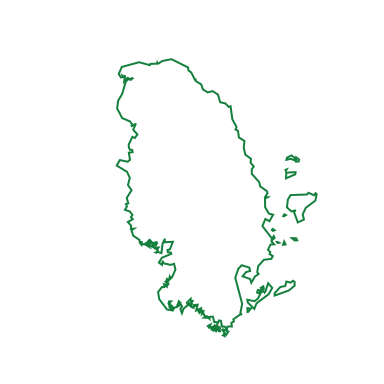 Guimaras, Guimaras, Philippines, rotated 316°
{"feature_id": "2640588B8298467794963", "entity_name": "Guimaras", "entity_type": "district", "adm_level": 2, "iso_a3": "PHL", "parent_name": "Philippines", "parent_adm1": "Guimaras", "projection": "albers", "projection_center": [122.576, 10.57], "detail": "fine", "context": "isolated", "style": "outline", "palette": "green", "viewbox_px": 384, "rotation_deg": 316, "n_neighbors": 0, "source": "geoboundaries", "source_scale": "gbopen_adm2", "svg_char_len": 6143}
<svg xmlns="http://www.w3.org/2000/svg" viewBox="0 0 384 384"><g transform="rotate(316 192 192)"><path d="M228.4,53.3L221.3,56.2L220.4,60.2L222.3,61.6L223.0,61.3L222.7,60.2L222.8,60.0L223.1,61.5L224.2,61.7L224.2,62.2L220.0,65.4L224.8,65.1L226.4,68.3L228.1,68.4L228.2,69.0L225.7,68.8L225.2,66.8L221.3,66.5L209.8,73.0L202.3,75.0L196.2,79.9L193.1,90.3L196.4,98.1L195.8,102.8L194.6,102.4L194.5,102.7L198.4,103.7L198.5,104.1L193.0,106.3L192.7,112.7L188.4,113.4L187.4,110.9L179.5,113.9L177.7,115.8L176.7,118.3L177.1,117.7L176.7,118.7L177.9,119.7L178.1,120.3L178.0,120.8L176.9,122.1L173.9,119.8L169.7,125.8L166.7,125.5L162.3,118.9L156.2,120.7L159.3,132.3L157.1,138.6L150.8,142.5L149.7,148.8L141.0,150.9L138.3,155.9L136.2,154.8L135.1,157.2L131.4,158.2L133.8,162.9L133.2,167.1L130.6,167.7L130.5,170.4L125.0,169.0L124.8,173.9L122.4,176.1L124.7,178.0L121.9,177.5L119.4,182.4L120.9,190.1L119.5,191.8L121.1,193.2L119.9,194.5L121.8,197.3L122.5,196.6L123.8,196.9L122.1,197.9L123.1,201.9L124.6,198.0L126.1,197.1L126.2,197.4L126.6,197.0L127.8,196.8L128.3,196.9L128.3,199.8L127.1,197.2L125.3,198.8L128.2,200.8L125.6,203.7L129.0,203.9L129.1,202.1L131.4,203.2L129.9,204.3L132.3,204.5L129.5,204.6L129.7,205.9L128.7,204.5L126.0,205.1L126.2,207.8L126.8,206.3L129.4,208.7L125.7,209.2L127.4,209.3L125.8,211.5L127.6,214.7L135.1,208.6L140.1,206.8L137.4,209.2L143.7,214.5L136.3,217.9L134.0,216.7L132.8,218.5L134.7,220.9L134.2,222.1L124.6,218.4L119.1,219.8L119.8,223.6L123.1,221.1L122.0,223.5L126.0,229.6L129.2,231.2L126.2,236.3L118.3,239.5L117.3,238.2L117.0,239.4L116.3,239.4L117.0,237.6L114.4,239.3L113.9,236.7L114.1,238.0L113.4,239.8L113.2,237.3L111.7,238.2L113.0,240.4L110.2,237.9L111.9,240.7L110.9,239.4L111.1,241.9L109.9,241.9L108.5,239.8L108.6,242.1L108.1,242.6L107.4,239.7L105.9,241.1L104.4,239.5L98.1,240.4L94.0,246.3L92.4,259.1L95.2,263.0L96.1,259.3L97.8,255.7L99.5,254.8L100.9,256.1L98.6,256.2L98.2,258.9L96.3,259.6L97.7,261.1L98.4,259.6L98.2,262.3L101.4,264.4L106.6,261.4L106.7,263.6L103.8,263.6L105.9,265.5L105.3,267.4L102.3,268.1L100.6,272.2L104.9,270.0L110.3,270.5L111.4,268.1L116.7,267.9L115.7,268.9L117.3,271.6L115.4,269.9L114.5,271.9L112.0,269.3L110.9,270.7L113.6,271.6L110.8,272.7L113.5,272.6L111.7,274.2L112.6,276.5L114.4,275.0L115.3,276.9L115.3,275.1L117.8,277.0L112.7,280.1L117.8,281.9L116.4,283.0L117.5,285.4L114.5,284.9L116.2,286.0L114.6,286.8L116.1,287.0L114.9,290.1L116.4,291.7L116.5,295.4L117.7,293.9L120.5,296.2L117.7,300.9L119.8,303.3L118.6,304.7L122.2,303.2L123.3,304.7L120.1,309.8L121.9,311.4L121.8,315.1L124.0,313.4L127.3,316.4L129.3,313.5L132.2,314.2L133.3,312.3L142.2,313.7L142.4,315.1L142.8,312.6L150.4,307.3L163.5,283.8L172.0,279.4L176.9,279.2L180.7,286.2L179.0,289.2L175.3,287.2L169.8,287.8L173.4,295.0L171.6,298.5L178.4,296.5L183.0,297.2L183.2,295.0L188.2,291.3L196.6,290.7L202.6,295.2L205.6,294.2L204.7,290.6L206.5,289.8L206.6,286.3L212.0,284.3L214.7,286.7L214.9,282.6L217.2,281.0L219.0,265.4L226.0,262.4L227.4,266.8L234.6,264.7L232.3,261.1L234.0,253.8L240.0,247.4L242.8,248.3L241.2,246.4L245.6,245.2L246.5,243.2L244.9,235.4L247.2,231.7L247.6,220.6L250.7,217.2L254.1,216.6L254.6,211.4L257.5,209.1L256.3,202.2L259.8,196.3L265.2,191.7L263.6,185.4L267.6,179.9L266.7,177.3L269.2,176.2L271.5,167.8L279.3,157.1L277.5,156.4L277.5,151.4L274.6,147.0L278.4,140.0L276.9,133.8L272.5,131.2L271.1,125.7L273.4,121.0L271.8,114.8L273.4,112.8L272.6,113.5L272.1,113.2L274.5,105.5L273.9,102.0L275.7,99.7L269.5,82.2L261.6,77.1L257.0,76.3L251.0,70.9L249.8,71.5L244.1,61.9L228.4,53.3ZM273.0,273.7L260.8,262.7L255.8,264.0L249.6,269.0L250.0,275.1L254.0,277.2L251.5,277.2L247.0,287.4L253.4,289.6L256.1,285.0L262.9,282.4L274.7,283.9L280.2,280.1L280.0,278.7L277.5,279.1L275.2,273.4L273.0,273.7ZM161.2,314.0L156.9,307.9L155.4,310.4L155.6,319.4L161.1,316.9L176.1,318.8L183.1,316.7L183.4,310.5L176.3,314.3L174.3,314.8L174.5,312.9L172.2,312.1L165.4,314.5L161.2,314.0ZM189.5,321.7L181.1,322.2L179.5,323.9L193.2,330.1L200.6,330.7L203.3,328.1L203.0,326.0L200.0,325.7L197.7,322.0L193.8,324.4L189.5,321.7ZM280.3,249.7L273.3,243.6L269.1,247.5L278.6,251.0L280.3,249.7ZM284.2,233.3L282.3,234.4L286.0,236.7L288.0,240.9L289.5,239.1L289.0,234.8L284.2,233.3ZM121.2,317.7L118.8,312.2L118.0,312.2L117.4,318.5L121.2,317.7ZM290.0,244.2L291.6,243.0L291.0,239.5L287.9,242.4L290.0,244.2ZM153.5,316.7L151.2,314.0L148.6,316.9L149.2,317.3L153.5,316.7ZM171.5,308.3L169.0,309.4L169.8,311.4L173.1,310.8L171.5,308.3ZM113.3,300.2L109.2,299.1L110.7,299.6L110.1,301.7L111.9,303.6L110.7,304.5L111.4,307.7L111.4,304.5L112.6,303.5L110.6,301.4L113.3,300.2ZM234.1,299.8L234.8,297.6L231.8,294.6L232.1,298.0L234.1,299.8ZM176.4,311.6L177.8,309.4L175.0,308.7L174.4,310.3L176.4,311.6ZM222.8,294.7L223.9,291.7L220.8,293.2L222.8,294.7ZM114.2,306.4L114.3,305.2L113.3,305.7L112.6,308.9L115.3,308.4L113.4,308.4L113.2,307.8L115.2,307.7L114.2,306.4ZM224.8,276.9L224.6,274.8L223.2,274.7L223.0,275.9L224.8,276.9ZM243.5,273.8L242.9,272.2L240.9,272.7L241.2,273.3L243.5,273.8ZM116.5,306.6L115.3,308.7L117.2,309.6L118.0,308.5L116.4,308.5L116.5,306.6ZM116.5,304.6L114.3,303.7L114.9,304.5L113.5,304.6L112.9,305.4L113.4,305.0L116.5,304.6ZM113.9,282.2L113.3,284.2L115.3,284.5L115.6,283.1L113.9,282.2ZM220.2,280.5L216.8,281.4L216.9,282.3L219.6,282.4L220.2,280.5ZM117.2,305.1L115.1,305.9L117.2,306.4L117.2,305.1ZM115.4,290.9L113.3,290.6L115.1,292.5L115.4,290.9ZM119.3,195.0L119.2,192.2L118.9,195.2L119.3,195.0ZM98.3,263.2L97.0,261.9L96.5,262.1L96.7,263.6L98.3,263.2ZM115.3,309.0L114.7,311.0L115.5,311.7L116.4,310.1L115.3,309.0ZM125.4,199.7L124.1,199.7L124.8,201.5L125.4,199.7ZM274.2,241.9L275.8,241.5L274.7,241.0L274.2,241.9ZM219.4,289.0L219.1,287.8L218.4,287.0L218.2,288.2L219.4,289.0ZM116.7,317.1L115.6,315.7L115.9,316.8L116.7,317.1ZM103.5,264.7L102.9,263.6L102.3,264.4L103.5,264.7ZM114.1,304.0L112.6,304.2L113.0,304.9L114.1,304.0ZM115.9,316.9L114.8,316.7L115.3,318.1L115.9,316.9ZM115.6,306.8L114.4,306.6L115.2,307.1L115.6,306.8ZM125.0,210.7L124.0,210.3L124.3,211.0L125.0,210.7ZM96.8,261.0L96.1,260.5L96.3,261.7L96.8,261.0ZM256.9,74.8L256.1,75.3L256.6,75.7L256.9,74.8ZM226.4,68.4L225.6,68.3L226.1,68.6L226.4,68.4ZM112.8,305.6L112.1,305.6L112.7,306.0L112.8,305.6Z" fill="none" stroke="#15803d" stroke-width="2"/></g></svg>